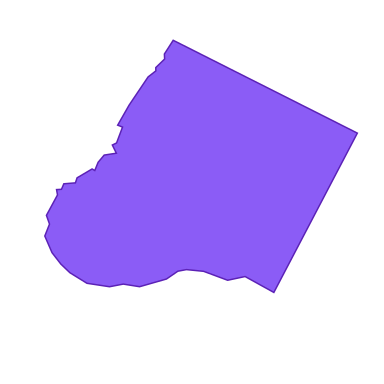 outline of Callaway, Missouri, United States of America, rotated 26°
{"feature_id": "52423323B83967641525386", "entity_name": "Callaway", "entity_type": "district", "adm_level": 2, "iso_a3": "USA", "parent_name": "United States of America", "parent_adm1": "Missouri", "projection": "robinson", "projection_center": [-92.074, 38.811], "detail": "fine", "context": "isolated", "style": "filled", "palette": "violet", "viewbox_px": 384, "rotation_deg": 26, "n_neighbors": 0, "source": "geoboundaries", "source_scale": "gbopen_adm2", "svg_char_len": 649}
<svg xmlns="http://www.w3.org/2000/svg" viewBox="0 0 384 384"><g transform="rotate(26 192 192)"><path d="M117.3,64.0L108.6,63.9L106.7,80.1L109.1,84.5L104.9,96.0L106.4,99.0L102.1,107.8L97.4,141.4L95.9,164.5L101.1,164.1L102.7,181.0L99.8,184.7L107.0,190.3L96.9,197.3L94.6,206.4L95.2,215.3L92.1,215.1L82.5,229.6L83.2,234.9L73.2,240.8L73.5,246.8L69.2,249.2L72.4,253.6L71.4,276.8L78.0,283.3L79.0,296.1L92.8,307.9L105.8,314.3L117.7,318.1L137.6,320.1L159.4,313.3L170.6,304.9L186.4,300.1L207.2,281.4L214.0,269.4L221.0,264.2L237.2,258.2L262.7,255.7L276.8,244.7L309.6,246.4L314.8,66.6L117.3,64.0Z" fill="#8b5cf6" stroke="#5b21b6" stroke-width="1.5"/></g></svg>